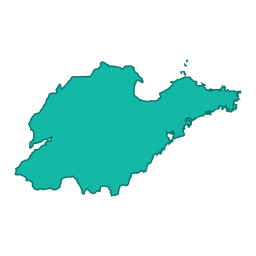 SVG path tracing the border of Shandong
{"feature_id": "CHN-1814", "entity_name": "Shandong", "entity_type": "Province", "adm_level": 1, "iso_a3": "CHN", "parent_name": "China", "parent_adm1": "", "projection": "robinson", "projection_center": [118.824, 36.396], "detail": "fine", "context": "isolated", "style": "filled", "palette": "teal", "viewbox_px": 256, "rotation_deg": 0, "n_neighbors": 0, "source": "natural_earth", "source_scale": "10m", "svg_char_len": 5815}
<svg xmlns="http://www.w3.org/2000/svg" viewBox="0 0 256 256"><path d="M102.4,61.9L105.3,63.1L106.3,64.5L107.2,64.4L108.5,65.2L108.5,65.9L109.4,66.4L110.4,66.0L111.1,66.3L113.1,66.2L119.7,67.5L122.4,68.9L123.3,68.5L124.5,66.9L125.6,66.2L130.9,66.0L134.0,67.9L133.3,69.2L134.2,70.1L135.3,72.5L136.8,73.0L138.0,74.2L138.7,76.3L141.3,78.0L142.3,79.2L142.8,81.0L142.7,82.5L141.6,82.4L138.8,80.3L137.4,80.2L136.5,80.8L135.7,83.2L134.7,84.7L134.2,87.4L133.8,92.7L134.3,95.5L139.6,99.6L143.6,101.0L148.0,101.6L150.4,100.9L154.3,101.0L157.4,100.5L158.0,99.5L161.0,97.1L159.6,93.9L159.9,93.3L165.6,90.5L169.3,88.1L172.4,85.1L173.1,83.9L172.6,82.8L170.0,82.1L174.4,81.8L177.1,79.9L179.7,79.5L184.9,77.0L187.7,77.6L188.9,77.1L190.2,77.5L190.7,77.9L190.3,78.5L190.7,79.0L192.5,80.0L193.3,81.2L196.3,81.5L196.6,81.9L196.1,83.2L196.6,83.7L196.2,84.7L197.3,85.8L201.2,85.7L203.1,84.7L202.5,83.7L203.6,84.3L204.7,85.1L203.8,85.2L203.3,85.6L203.3,86.2L205.2,87.8L206.0,89.6L207.8,90.0L208.7,90.9L211.7,90.6L210.5,89.8L209.2,90.1L209.6,89.4L210.5,89.1L213.3,89.8L219.2,89.7L219.7,89.9L219.4,90.5L219.5,91.0L220.6,91.0L220.9,90.8L220.3,89.5L221.7,87.5L223.0,86.9L222.8,86.3L223.6,86.8L224.4,86.3L225.3,87.3L225.3,88.0L224.7,89.0L225.0,90.0L226.2,91.3L227.4,89.9L228.0,89.9L229.4,91.3L234.6,91.0L234.9,91.5L237.3,91.9L238.4,91.3L240.4,91.4L240.6,92.3L240.4,92.8L239.7,92.5L237.3,93.8L238.0,95.5L236.7,94.7L237.0,96.3L238.0,97.6L238.3,98.5L239.0,99.1L237.5,99.3L237.2,99.8L237.5,100.8L235.7,100.4L234.9,100.9L234.6,101.9L234.4,100.5L234.1,100.4L233.6,102.6L234.2,103.5L232.6,105.0L232.8,105.5L233.3,105.6L233.6,105.3L233.6,104.8L236.6,104.8L236.2,108.7L235.7,109.3L235.4,109.0L235.8,108.0L235.4,107.8L234.2,108.5L232.8,108.4L232.7,109.0L233.7,110.2L232.7,110.7L232.1,110.5L231.4,111.6L230.4,111.8L226.5,110.9L226.5,109.7L226.8,109.3L228.8,109.3L225.8,107.6L226.3,105.5L225.9,105.2L225.4,105.6L225.3,107.6L223.9,107.4L223.5,108.6L222.1,109.3L222.2,107.0L222.6,106.4L219.0,106.0L218.7,106.2L219.7,107.8L218.8,108.5L215.1,109.5L213.4,111.4L211.2,112.1L212.2,111.2L210.9,111.6L210.5,112.1L210.8,114.5L210.5,114.7L209.6,113.8L207.7,114.2L207.0,114.0L206.8,113.5L207.0,113.0L208.3,112.7L209.6,111.7L210.0,111.1L208.3,111.4L207.3,112.3L206.5,111.6L205.8,111.6L205.6,112.1L206.1,113.0L205.6,114.1L204.3,114.2L203.5,115.0L203.5,115.5L204.2,115.7L201.6,115.7L197.2,117.2L195.0,119.2L193.6,118.7L193.6,119.9L193.4,120.1L190.7,119.7L190.8,118.8L188.4,117.8L185.5,119.0L185.4,119.4L185.8,119.7L185.3,121.1L185.6,121.6L186.4,121.6L187.7,119.7L188.4,119.4L189.7,120.9L190.4,121.2L190.6,121.9L191.7,121.3L190.9,123.1L191.3,124.4L190.0,124.6L189.7,125.1L189.8,126.0L189.1,127.1L188.4,126.9L188.3,125.7L187.8,125.3L187.9,124.5L185.6,124.4L183.8,126.9L184.8,128.8L184.4,129.1L182.7,128.8L184.3,134.9L184.1,135.3L182.1,136.2L180.0,136.3L179.5,137.1L177.7,137.2L174.3,138.8L172.5,138.1L174.5,133.6L173.8,132.6L173.4,132.4L172.9,130.8L172.3,131.1L172.0,132.2L172.0,133.2L172.7,133.6L172.3,134.2L170.3,133.4L170.4,132.6L167.5,133.0L166.9,132.4L166.6,133.0L167.3,133.7L166.7,135.2L166.7,136.4L167.0,136.9L169.0,138.1L169.2,140.5L169.8,140.8L170.8,140.3L170.7,141.2L171.1,141.2L172.3,139.9L172.9,140.5L172.7,141.2L170.7,142.3L169.2,144.0L169.1,143.4L169.6,142.1L168.1,143.6L167.0,143.7L165.3,145.7L164.3,149.6L163.3,149.5L162.4,148.5L161.6,149.1L161.3,149.4L162.3,150.4L161.4,151.6L161.5,153.2L160.2,153.8L159.4,152.8L159.6,152.1L158.8,152.4L157.6,154.3L156.9,154.9L157.0,153.7L156.5,153.3L154.1,154.6L151.3,161.6L150.1,163.3L147.7,163.9L147.6,165.2L147.1,166.0L145.8,171.4L143.5,172.1L143.3,171.3L142.8,171.0L141.0,171.0L137.7,173.0L134.1,173.0L131.5,173.6L130.9,177.0L129.0,180.5L128.9,182.0L128.1,184.1L127.2,185.3L126.3,185.7L123.4,184.8L122.0,185.0L120.0,185.8L119.7,187.4L118.9,188.9L118.4,193.1L117.9,194.0L116.5,194.9L111.4,195.6L111.4,193.9L110.4,192.6L111.0,190.6L109.3,189.6L108.8,187.2L104.5,185.9L101.0,186.4L100.5,186.8L99.9,191.3L97.1,190.9L94.6,193.2L93.5,193.4L91.3,192.9L87.5,189.0L85.7,189.8L84.8,190.9L84.3,193.6L83.6,194.0L82.9,193.8L82.0,192.5L81.8,189.8L79.5,184.8L77.3,182.1L76.8,179.9L72.6,176.1L71.4,177.0L67.2,176.9L62.5,178.3L61.0,180.5L60.9,183.1L60.7,183.9L59.9,184.9L60.1,186.2L59.7,187.2L55.9,189.7L55.4,189.8L54.4,189.2L53.2,189.8L52.6,189.6L51.3,188.1L50.1,188.6L48.7,187.9L47.9,188.8L45.4,189.0L43.5,189.6L40.0,188.6L38.6,189.7L35.6,189.4L34.4,188.7L32.8,186.5L32.4,185.2L32.4,182.4L28.9,180.1L27.6,180.1L26.7,180.8L26.3,180.5L26.5,178.3L25.3,176.8L20.1,174.5L17.4,174.9L15.4,174.2L16.3,170.6L15.9,168.6L18.6,167.2L22.3,161.6L24.1,161.0L24.7,160.4L27.5,160.1L29.2,158.3L30.2,158.0L29.9,156.3L30.2,155.6L31.4,155.5L32.0,153.0L34.6,151.4L35.0,149.8L38.3,149.5L39.3,149.0L41.5,146.1L42.4,145.5L45.7,144.9L46.0,144.5L45.2,143.6L45.4,142.8L47.0,141.4L48.3,140.7L50.3,141.4L51.2,138.8L52.0,137.9L51.6,136.7L47.2,139.5L44.6,139.1L41.8,141.3L39.8,142.2L35.8,143.3L34.0,143.3L33.4,143.8L32.9,145.6L32.1,146.7L30.4,148.0L29.7,147.8L30.2,142.4L32.8,140.4L33.8,137.8L33.9,134.8L33.6,131.7L32.2,129.9L30.9,129.8L30.6,128.1L28.8,123.7L30.9,120.2L30.7,119.6L32.4,117.1L34.2,115.3L34.7,114.2L38.9,112.9L40.0,112.1L40.8,110.2L43.2,107.6L43.4,105.9L45.6,103.5L46.9,99.0L48.9,96.9L49.1,94.6L51.2,93.4L53.7,93.0L55.4,93.5L56.3,93.2L57.2,92.1L57.0,91.4L56.2,90.6L56.1,89.8L57.4,88.1L57.8,86.8L59.9,84.3L60.6,85.6L60.9,87.9L62.0,89.1L62.7,88.1L66.8,84.2L68.4,81.4L70.6,79.8L71.4,77.8L72.6,76.8L78.4,77.0L80.6,76.7L90.4,76.5L92.6,73.3L93.7,70.7L94.7,69.5L98.1,68.7L100.0,66.8L100.7,65.5L100.4,64.6L100.6,63.1L102.4,61.9ZM184.5,73.0L185.4,73.9L185.3,74.8L184.4,74.0L184.5,73.0ZM184.3,71.9L184.4,72.5L183.4,71.7L183.9,71.6L184.3,71.9ZM181.1,71.9L181.7,72.2L181.6,73.0L181.0,72.3L181.1,71.9ZM186.7,61.3L186.7,60.7L187.5,60.4L187.6,60.7L186.7,61.3ZM184.9,64.7L185.8,65.7L185.0,65.6L184.9,64.7Z" fill="#14b8a6" stroke="#0f766e" stroke-width="1.5"/></svg>